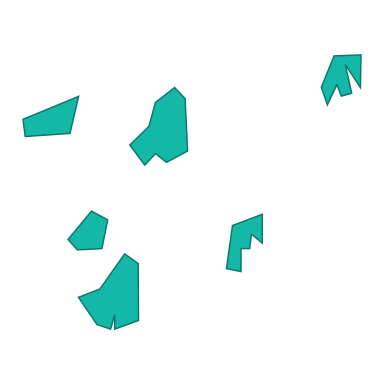 the Region of Bolama
{"feature_id": "GNB-770", "entity_name": "Bolama", "entity_type": "Region", "adm_level": 1, "iso_a3": "GNB", "parent_name": "Guinea-Bissau", "parent_adm1": "", "projection": "equal_earth", "projection_center": [-15.897, 11.361], "detail": "coarse", "context": "isolated", "style": "filled", "palette": "teal", "viewbox_px": 384, "rotation_deg": 0, "n_neighbors": 0, "source": "natural_earth", "source_scale": "10m", "svg_char_len": 714}
<svg xmlns="http://www.w3.org/2000/svg" viewBox="0 0 384 384"><path d="M138.2,263.6L138.5,320.5L114.7,329.1L114.7,314.6L110.6,329.1L97.0,324.6L78.5,297.3L99.9,289.0L124.7,253.9L138.2,263.6ZM148.9,126.4L155.4,102.6L174.6,87.5L185.1,98.6L187.6,151.0L166.5,162.3L155.5,153.6L144.8,165.1L129.8,145.0L148.9,126.4ZM70.0,133.4L25.2,136.5L23.0,119.3L78.6,96.4L70.0,133.4ZM262.3,214.3L262.3,243.2L251.4,234.1L249.7,248.6L241.0,248.6L241.0,271.6L226.5,268.6L232.5,225.5L262.3,214.3ZM361.0,54.9L360.4,87.5L345.3,64.6L351.7,93.3L341.3,96.1L336.9,84.7L327.4,104.8L321.3,87.2L334.1,55.9L361.0,54.9ZM101.9,248.6L77.4,249.9L68.0,239.5L91.5,211.1L107.7,219.9L101.9,248.6Z" fill="#14b8a6" stroke="#0f766e" stroke-width="1.5"/></svg>